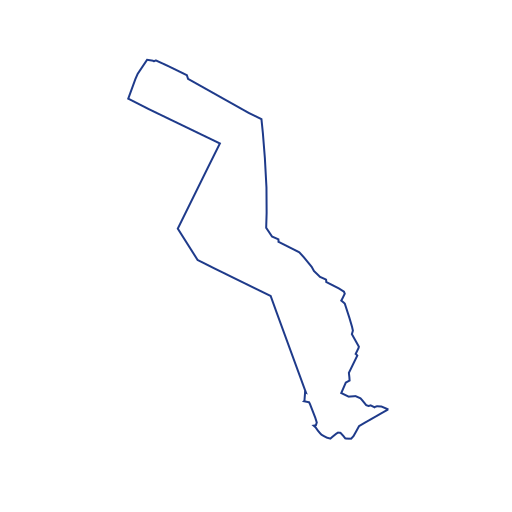 Gurbansoltan Eye, Tashauz, Turkmenistan (Albers equal-area conic projection), rotated 116°
{"feature_id": "10190150B88624562206856", "entity_name": "Gurbansoltan Eye", "entity_type": "district", "adm_level": 2, "iso_a3": "TKM", "parent_name": "Turkmenistan", "parent_adm1": "Tashauz", "projection": "albers", "projection_center": [59.229, 41.168], "detail": "fine", "context": "isolated", "style": "outline", "palette": "blue", "viewbox_px": 512, "rotation_deg": 116, "n_neighbors": 0, "source": "geoboundaries", "source_scale": "gbopen_adm2", "svg_char_len": 1769}
<svg xmlns="http://www.w3.org/2000/svg" viewBox="0 0 512 512"><g transform="rotate(116 256 256)"><path d="M335.9,69.8L336.3,77.3L338.0,81.4L339.9,83.3L340.0,83.3L340.0,84.9L340.0,86.3L340.0,87.5L340.5,88.0L341.5,89.1L341.5,89.5L341.7,91.0L341.7,91.7L340.6,94.0L339.0,97.5L338.1,99.7L338.3,105.1L340.4,108.7L341.8,111.1L341.8,114.0L341.8,119.2L341.8,119.3L330.4,119.8L326.9,117.3L324.1,118.9L320.3,121.3L319.8,121.3L317.5,121.3L310.9,121.3L305.8,121.3L301.1,121.3L300.2,123.4L300.2,123.5L293.8,123.5L292.4,123.8L284.2,135.6L282.8,135.8L280.6,136.2L280.1,136.6L277.6,138.6L270.9,144.7L259.9,155.3L259.4,156.8L258.7,159.8L255.9,159.7L251.0,159.7L249.5,161.3L248.8,167.5L248.6,181.4L246.6,182.6L246.5,183.1L246.7,189.6L246.4,190.2L244.1,197.3L241.4,201.1L236.1,212.6L233.7,218.7L233.4,242.0L232.5,242.4L231.2,243.2L231.4,248.4L231.5,250.1L226.2,259.2L225.8,259.4L212.7,265.3L189.9,276.6L164.2,290.9L142.7,303.6L130.6,311.1L130.6,324.6L130.6,325.2L126.6,394.7L126.4,394.9L123.8,397.4L123.8,418.5L124.1,431.7L125.7,433.1L125.7,434.4L127.4,439.9L144.1,442.2L149.5,442.0L170.6,439.8L171.0,416.8L170.7,337.8L171.4,337.8L197.2,338.0L265.7,338.3L285.2,306.7L285.4,288.1L285.5,247.1L285.5,225.8L285.5,225.3L295.3,215.2L295.9,214.6L309.2,200.8L340.1,168.7L346.8,161.7L350.0,158.4L355.0,153.2L356.9,151.2L356.9,152.2L357.8,151.8L361.6,150.3L364.9,149.0L365.5,149.2L364.2,144.2L365.4,142.6L375.3,131.9L379.0,128.4L381.8,128.0L382.7,129.1L383.2,129.8L383.9,127.3L385.8,123.9L387.1,121.0L387.9,118.9L388.1,116.2L388.2,112.6L387.5,109.1L384.9,108.0L380.6,106.0L378.8,104.9L377.9,102.6L379.4,98.7L380.8,95.8L380.3,94.3L378.5,90.4L375.1,89.4L370.0,89.1L363.7,88.8L358.1,85.1L350.2,79.7L342.4,74.4L336.3,70.2L336.0,70.0L335.9,69.8Z" fill="none" stroke="#1e3a8a" stroke-width="2"/></g></svg>